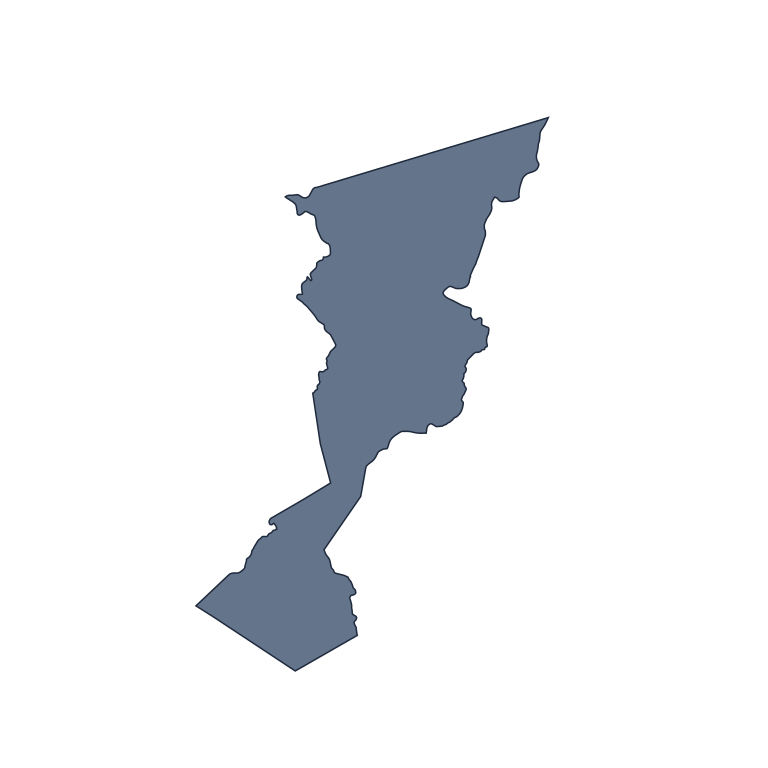 the district of Las Flores, Lempira, Honduras, rotated 332°
{"feature_id": "27666195B81012713461680", "entity_name": "Las Flores", "entity_type": "district", "adm_level": 2, "iso_a3": "HND", "parent_name": "Honduras", "parent_adm1": "Lempira", "projection": "natural_earth1", "projection_center": [-88.667, 14.674], "detail": "fine", "context": "isolated", "style": "filled", "palette": "slate", "viewbox_px": 768, "rotation_deg": 332, "n_neighbors": 0, "source": "geoboundaries", "source_scale": "gbopen_adm2", "svg_char_len": 6171}
<svg xmlns="http://www.w3.org/2000/svg" viewBox="0 0 768 768"><g transform="rotate(332 384 384)"><path d="M390.1,243.5L389.1,244.9L388.1,245.5L387.2,245.6L385.6,245.0L384.9,245.0L383.1,245.2L381.6,245.6L381.2,246.1L379.6,248.6L378.7,249.4L378.0,249.7L372.1,251.4L370.8,252.0L370.4,252.5L369.9,254.2L369.4,257.3L369.1,258.0L368.6,258.4L368.0,258.4L367.7,258.1L367.1,254.2L366.9,253.7L366.6,253.4L366.4,253.5L366.0,253.9L365.2,255.1L364.4,255.8L363.4,256.1L360.3,256.6L358.8,257.1L357.8,258.1L356.7,259.8L355.1,263.6L354.5,265.9L354.2,266.3L353.1,266.0L350.9,264.9L349.9,264.8L349.3,264.9L348.6,265.3L347.7,266.5L347.6,267.2L347.8,268.3L350.1,272.8L350.5,273.7L350.9,275.5L352.5,279.5L354.6,289.2L355.1,292.7L355.3,295.7L355.6,297.3L356.1,298.6L358.8,303.3L358.6,304.8L357.9,306.0L357.6,306.7L357.4,308.4L357.8,310.6L359.1,313.3L359.9,315.4L359.9,324.6L359.8,326.1L359.7,326.9L359.2,327.7L358.1,328.4L355.3,329.3L352.2,330.1L348.2,333.0L345.3,334.3L344.7,335.3L344.7,336.5L344.6,336.9L342.9,338.7L341.9,343.1L341.7,343.7L341.5,344.0L340.5,344.3L339.1,344.0L336.3,344.7L335.6,344.4L333.3,342.9L332.7,343.0L332.0,343.4L331.2,344.3L330.5,345.3L329.9,347.3L329.2,348.8L328.7,350.0L328.6,351.6L327.9,352.6L326.5,353.6L325.2,353.8L324.3,354.3L323.6,355.2L323.3,356.6L322.6,357.3L322.1,357.4L321.1,357.4L320.3,357.6L318.0,358.7L316.8,358.6L299.7,406.9L290.4,446.3L258.4,448.1L220.7,449.5L219.2,450.4L218.3,451.1L217.5,452.5L217.3,453.6L217.4,454.3L217.7,454.8L218.0,455.1L218.5,455.4L219.5,455.6L220.6,455.4L221.1,455.1L221.4,455.2L221.7,456.2L221.7,457.5L221.9,458.4L221.7,460.3L221.6,460.7L221.1,461.2L221.1,461.8L219.4,461.8L218.0,461.4L217.4,461.3L216.3,461.7L215.5,462.2L215.0,462.4L214.2,462.4L212.5,462.2L211.9,462.3L210.3,463.2L209.3,463.6L208.4,463.4L205.7,461.9L205.2,461.7L204.1,461.8L202.8,462.3L200.2,462.8L199.4,463.1L197.8,463.9L196.1,465.0L194.1,466.1L191.0,468.3L189.4,469.0L186.9,471.9L186.1,472.5L183.6,473.6L181.4,473.8L180.3,474.3L179.9,474.7L179.5,475.6L176.4,478.8L174.9,480.7L173.7,481.5L170.3,482.3L168.3,482.5L167.3,482.5L165.8,482.1L162.3,480.2L160.9,479.7L159.2,479.4L157.9,479.5L113.8,491.6L123.8,509.1L170.9,595.7L242.4,593.4L243.4,590.2L245.1,585.9L245.2,584.8L245.1,582.8L245.5,580.5L246.1,580.0L248.8,578.9L249.7,578.1L250.2,577.3L250.3,576.6L250.1,575.8L248.6,573.3L248.3,572.6L248.3,572.1L248.6,571.0L249.4,569.3L250.3,566.6L251.7,563.9L252.6,560.4L253.2,556.8L254.2,556.0L255.5,555.2L256.1,555.3L257.8,555.9L258.9,555.9L260.5,555.6L260.8,555.4L261.2,554.8L261.9,552.8L261.8,551.7L261.1,549.4L261.7,546.7L262.0,543.1L261.4,539.9L261.4,539.1L261.6,538.3L261.5,537.7L260.7,536.5L258.8,534.1L252.7,528.6L252.0,527.7L251.7,526.8L251.7,526.4L251.9,525.6L251.9,525.1L251.8,523.8L251.4,522.3L251.4,521.1L253.2,514.7L253.5,513.0L253.4,511.4L252.8,508.2L252.7,506.5L253.2,502.2L310.6,472.4L328.4,449.7L329.3,448.7L330.0,448.2L332.6,447.4L337.1,446.7L339.6,446.0L342.0,444.8L346.5,441.6L347.7,441.2L348.6,441.1L352.8,441.1L355.6,442.3L356.6,442.4L357.9,441.4L361.3,438.0L363.0,436.8L364.3,436.1L366.2,435.4L369.2,434.7L375.6,434.1L377.1,434.2L378.1,434.5L382.6,436.9L384.9,438.4L388.4,441.4L392.3,444.2L398.2,447.2L401.0,443.3L401.9,442.3L403.4,441.3L405.2,440.9L406.5,441.0L407.5,441.7L410.1,446.1L413.3,447.6L415.8,448.5L417.7,448.5L419.9,448.8L422.3,448.4L424.4,448.5L427.5,447.8L430.2,446.9L433.2,447.0L436.5,445.9L438.2,445.1L439.4,444.3L441.4,442.6L442.8,441.1L444.0,439.6L445.2,437.8L445.3,437.2L444.8,435.0L444.9,434.4L445.1,434.0L447.9,431.5L450.0,430.5L453.8,427.6L454.2,427.1L454.4,426.6L454.5,426.0L454.3,424.3L454.3,422.9L455.1,420.9L454.4,418.9L454.4,418.4L454.5,418.0L454.9,417.4L456.2,416.7L457.6,415.4L458.8,413.6L459.5,412.3L460.5,412.1L461.6,411.6L462.3,411.1L463.2,410.1L463.8,409.0L463.9,408.0L463.7,406.8L464.2,405.9L465.7,404.9L467.3,404.0L468.2,402.8L469.3,401.9L477.4,399.3L478.7,399.1L479.7,399.1L482.1,400.2L483.7,400.6L485.3,400.5L486.1,399.9L486.4,399.8L488.9,400.7L490.2,399.4L491.2,399.2L492.2,399.4L492.6,399.3L492.9,399.0L493.4,398.2L494.2,395.3L495.7,392.5L497.5,390.4L499.7,388.6L501.7,385.8L502.5,384.4L502.6,383.7L502.5,383.1L499.0,378.9L498.2,377.7L498.5,376.6L500.1,374.1L500.7,372.8L500.8,372.1L500.5,371.4L500.0,370.7L499.1,370.4L497.8,370.2L496.1,370.4L495.0,370.1L494.3,369.7L493.7,369.1L493.2,368.4L492.9,367.6L492.8,366.9L492.9,365.5L493.3,363.2L493.6,362.5L494.8,360.9L495.9,359.2L496.1,358.5L496.0,357.9L495.1,356.7L491.1,352.8L490.1,351.6L488.6,349.5L483.9,342.6L480.8,338.6L479.5,336.2L478.8,334.1L478.7,333.0L478.7,332.0L478.9,331.4L479.3,330.8L480.5,330.1L483.2,329.2L485.9,328.6L487.4,328.6L488.3,328.9L489.2,329.7L490.4,331.0L491.8,332.8L492.6,333.6L494.5,334.7L496.5,335.7L498.5,336.3L501.2,336.6L503.3,336.3L504.8,335.7L506.8,334.2L509.8,330.4L510.3,330.3L510.6,330.0L511.0,329.4L511.1,328.7L517.3,323.8L521.4,321.0L524.0,318.5L527.0,316.0L543.5,300.2L545.2,296.7L545.6,294.0L547.1,290.8L548.6,289.2L552.3,286.3L556.9,283.8L560.1,281.4L561.8,279.3L563.0,276.3L564.7,273.8L569.4,270.9L570.8,272.5L571.4,273.9L571.9,276.0L572.6,277.4L574.0,278.5L576.9,279.9L583.0,282.5L586.2,283.0L589.5,282.9L591.0,282.4L592.2,279.7L595.7,274.7L598.5,271.7L602.6,267.8L604.8,266.5L608.8,265.5L611.5,265.8L614.4,266.4L617.5,266.6L619.8,266.2L621.5,265.1L623.4,263.5L624.1,262.0L624.0,259.3L624.4,256.8L625.6,254.2L626.5,252.8L628.3,251.0L631.3,247.1L632.9,244.6L635.3,242.3L637.3,239.4L639.4,236.0L641.2,234.2L647.7,230.7L654.2,225.9L416.7,178.8L415.6,178.2L414.1,178.2L412.6,178.6L406.4,182.7L404.5,183.1L402.8,183.1L401.4,182.5L400.1,181.5L399.2,180.3L397.5,177.2L396.5,176.2L391.2,174.1L388.6,172.7L386.9,172.3L385.1,172.3L384.7,172.4L385.3,173.9L389.0,180.4L389.8,182.4L390.1,183.6L390.2,184.8L389.9,186.0L388.3,190.8L387.4,192.7L387.4,193.4L387.6,194.3L388.0,194.8L388.5,195.2L389.6,195.4L391.2,195.4L395.2,194.7L395.8,194.8L396.8,195.7L397.9,197.2L399.1,199.3L401.2,201.8L401.6,202.4L401.7,202.9L401.5,204.7L400.8,207.3L399.0,211.3L397.9,215.0L397.5,217.4L396.9,225.3L397.1,227.3L397.9,229.7L399.4,232.5L400.6,234.0L400.9,234.7L401.0,235.4L400.9,236.3L400.4,238.6L398.4,242.9L397.7,244.0L397.2,244.5L395.4,244.9L393.7,244.9L391.7,244.4L390.1,243.5Z" fill="#64748b" stroke="#1e293b" stroke-width="1.5"/></g></svg>